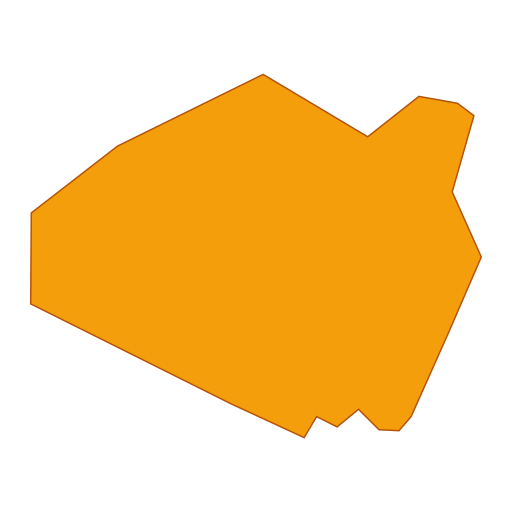 Água Nova, Rio Grande do Norte, Brazil (Natural Earth projection)
{"feature_id": "56859067B45321497096345", "entity_name": "Água Nova", "entity_type": "district", "adm_level": 2, "iso_a3": "BRA", "parent_name": "Brazil", "parent_adm1": "Rio Grande do Norte", "projection": "natural_earth1", "projection_center": [-38.295, -6.209], "detail": "fine", "context": "isolated", "style": "filled", "palette": "amber", "viewbox_px": 512, "rotation_deg": 0, "n_neighbors": 0, "source": "geoboundaries", "source_scale": "gbopen_adm2", "svg_char_len": 367}
<svg xmlns="http://www.w3.org/2000/svg" viewBox="0 0 512 512"><path d="M418.9,96.4L367.7,136.8L263.1,74.4L117.5,146.1L31.3,212.9L30.7,303.9L231.0,403.8L304.1,437.6L316.6,416.6L337.1,426.9L358.5,409.3L379.0,429.7L399.0,430.7L411.1,416.6L448.6,332.5L481.3,257.0L452.2,191.9L473.9,115.7L457.5,103.3L418.9,96.4Z" fill="#f59e0b" stroke="#b45309" stroke-width="1.5"/></svg>